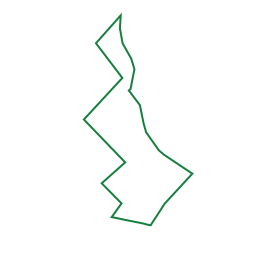 Islaz, Teleorman, Romania (Robinson projection), rotated 225°
{"feature_id": "2599482B71059292210776", "entity_name": "Islaz", "entity_type": "district", "adm_level": 2, "iso_a3": "ROU", "parent_name": "Romania", "parent_adm1": "Teleorman", "projection": "robinson", "projection_center": [24.796, 43.749], "detail": "fine", "context": "isolated", "style": "outline", "palette": "green", "viewbox_px": 256, "rotation_deg": 225, "n_neighbors": 0, "source": "geoboundaries", "source_scale": "gbopen_adm2", "svg_char_len": 530}
<svg xmlns="http://www.w3.org/2000/svg" viewBox="0 0 256 256"><g transform="rotate(225 128 128)"><path d="M43.2,75.2L44.4,80.8L45.5,86.1L48.6,100.5L50.2,141.2L83.9,134.5L90.4,134.0L112.2,137.8L120.4,142.4L135.8,152.6L153.9,155.1L153.8,157.4L165.0,174.1L174.7,179.3L191.8,184.1L204.2,192.8L212.8,202.5L210.6,165.3L167.4,159.4L165.2,102.8L105.7,101.7L106.1,94.3L107.5,70.3L79.3,70.1L78.5,65.4L76.5,53.5L70.6,57.4L64.6,61.3L58.6,65.3L52.2,69.6L48.3,72.1L47.0,72.7L43.2,75.2Z" fill="none" stroke="#15803d" stroke-width="2"/></g></svg>